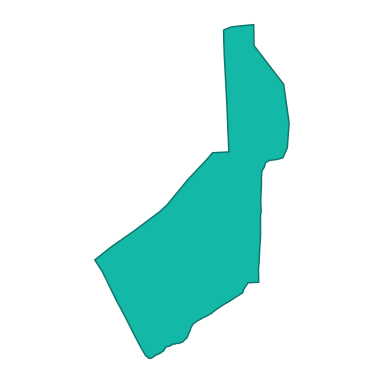 the district of Paniai, Papua, Indonesia, rotated 267°
{"feature_id": "22746128B72382312298600", "entity_name": "Paniai", "entity_type": "district", "adm_level": 2, "iso_a3": "IDN", "parent_name": "Indonesia", "parent_adm1": "Papua", "projection": "albers", "projection_center": [136.34, -3.758], "detail": "fine", "context": "isolated", "style": "filled", "palette": "teal", "viewbox_px": 384, "rotation_deg": 267, "n_neighbors": 0, "source": "geoboundaries", "source_scale": "gbopen_adm2", "svg_char_len": 2078}
<svg xmlns="http://www.w3.org/2000/svg" viewBox="0 0 384 384"><g transform="rotate(267 192 192)"><path d="M231.1,289.5L249.8,291.8L250.7,291.9L255.8,292.6L274.0,291.0L280.9,290.4L294.7,289.2L314.8,275.4L327.7,266.6L329.5,265.3L335.0,261.6L355.9,262.4L355.5,252.8L355.2,246.9L355.2,246.7L354.8,239.8L353.9,237.3L352.4,232.8L352.0,232.1L346.5,231.8L338.3,231.6L336.0,231.6L328.5,231.4L309.7,231.4L293.6,231.4L275.7,231.4L249.1,231.1L238.0,231.0L230.1,230.9L230.1,214.5L224.7,209.5L211.0,195.2L204.6,188.5L200.1,184.4L180.3,166.3L174.0,158.7L172.0,155.7L167.5,148.9L163.4,142.9L155.2,130.6L141.4,108.4L129.3,91.4L125.8,93.3L117.5,98.1L108.7,101.9L99.4,105.8L87.1,111.1L80.1,114.4L71.8,118.2L71.3,118.5L59.3,123.8L50.2,127.8L38.8,133.1L37.1,134.0L31.1,137.1L29.9,138.6L28.6,139.7L28.1,141.0L28.1,142.6L29.2,144.6L29.9,145.4L30.2,145.9L30.6,146.8L31.3,147.9L31.6,149.3L31.8,150.2L32.6,150.9L32.8,151.9L33.0,152.2L33.7,153.4L34.2,154.0L34.5,154.9L35.3,155.6L36.0,155.9L36.8,156.7L37.6,157.4L38.2,157.4L38.7,157.9L38.7,158.7L39.0,159.6L39.1,160.6L39.4,161.8L39.7,162.6L40.0,163.3L40.7,164.1L40.9,164.6L41.0,165.3L41.6,166.1L41.1,166.8L41.0,167.6L41.8,168.7L41.9,169.4L41.5,170.3L41.4,170.6L41.5,171.1L42.1,172.4L42.2,173.3L42.6,174.4L43.2,175.4L43.9,176.1L44.8,176.9L45.7,178.3L46.5,178.7L47.0,179.6L48.1,180.0L48.5,180.2L49.3,180.6L50.6,181.1L51.8,181.9L53.4,182.7L54.2,183.0L54.7,183.2L56.8,183.9L57.9,184.6L59.0,185.4L60.1,186.0L62.1,189.2L62.8,190.3L63.2,191.1L65.9,196.5L67.3,200.0L68.4,202.3L70.0,205.3L73.4,210.1L75.7,213.9L77.9,217.7L78.2,218.3L81.2,224.1L84.7,230.1L88.7,237.3L92.4,238.8L92.7,239.0L95.3,241.0L95.5,241.1L96.3,241.7L98.4,243.3L98.4,249.1L98.4,250.1L98.4,253.9L103.8,254.1L111.5,254.3L119.2,255.4L119.5,255.5L124.5,255.9L126.8,256.1L131.2,256.6L132.7,256.7L142.0,257.9L144.3,258.1L148.7,258.4L157.5,258.8L164.8,259.2L165.2,259.2L168.7,260.1L178.9,260.1L182.0,260.4L192.9,261.5L202.7,262.1L209.1,262.8L212.2,264.9L212.7,265.3L217.4,267.0L219.4,270.7L219.5,271.6L220.1,278.8L221.4,284.5L231.1,289.5Z" fill="#14b8a6" stroke="#0f766e" stroke-width="1.5"/></g></svg>